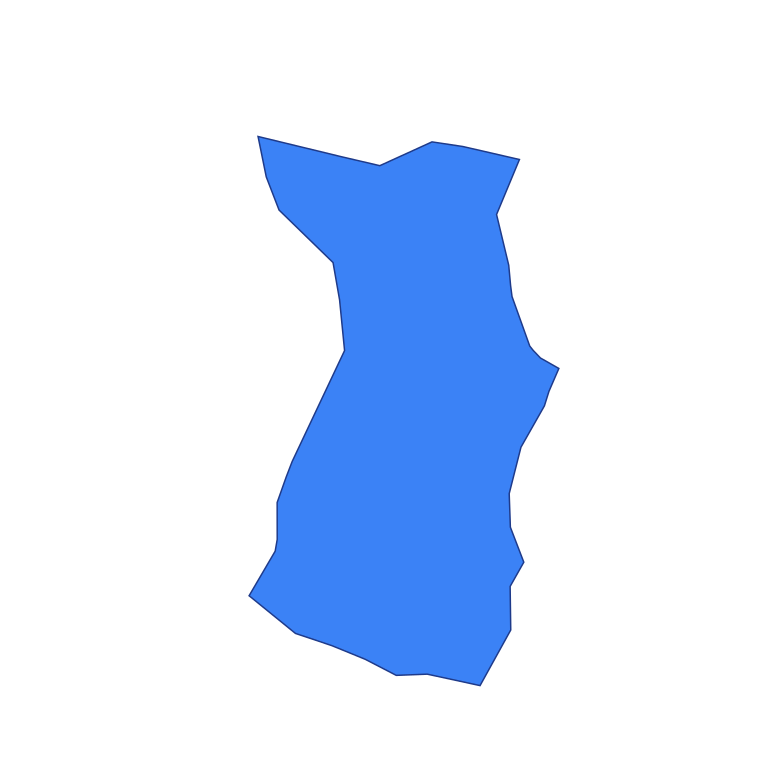 O'lziit, Övörhangay, Mongolia, rotated 28°
{"feature_id": "93677404B71645043055089", "entity_name": "O'lziit", "entity_type": "district", "adm_level": 2, "iso_a3": "MNG", "parent_name": "Mongolia", "parent_adm1": "Övörhangay", "projection": "mercator", "projection_center": [103.414, 46.516], "detail": "fine", "context": "isolated", "style": "filled", "palette": "blue", "viewbox_px": 768, "rotation_deg": 28, "n_neighbors": 0, "source": "geoboundaries", "source_scale": "gbopen_adm2", "svg_char_len": 662}
<svg xmlns="http://www.w3.org/2000/svg" viewBox="0 0 768 768"><g transform="rotate(28 384 384)"><path d="M610.4,605.2L611.4,541.7L590.4,503.5L591.1,475.7L562.8,451.1L546.0,422.0L534.6,375.5L535.9,328.0L533.1,313.1L531.1,288.2L509.9,287.6L500.0,284.3L494.9,282.1L456.0,246.7L449.6,237.7L438.4,220.6L403.8,181.5L398.2,122.2L342.1,137.3L312.7,147.7L277.8,193.2L239.4,203.4L156.6,224.6L182.8,256.4L209.7,279.7L282.0,300.7L305.3,330.6L333.5,373.0L337.1,449.2L339.3,495.5L341.3,512.0L345.3,538.8L362.7,571.4L366.4,582.7L364.3,634.3L422.9,645.8L460.8,639.5L496.6,635.9L531.6,635.5L558.4,619.9L610.4,605.2Z" fill="#3b82f6" stroke="#1e3a8a" stroke-width="1.5"/></g></svg>